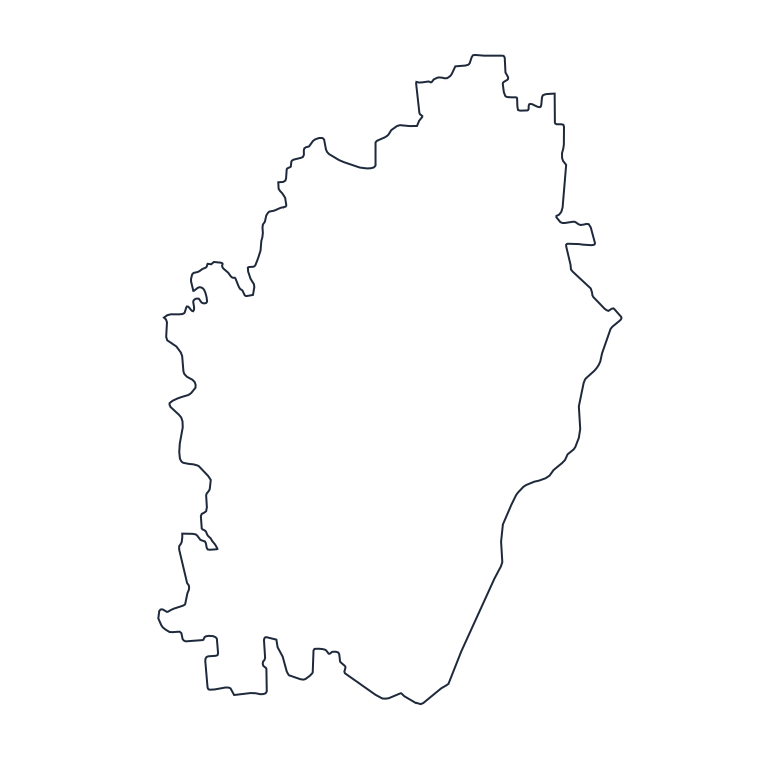 the border of Stavropol', rotated 86°
{"feature_id": "RUS-2306", "entity_name": "Stavropol'", "entity_type": "Territory", "adm_level": 1, "iso_a3": "RUS", "parent_name": "Russia", "parent_adm1": "", "projection": "orthographic", "projection_center": [43.1, 44.947], "detail": "fine", "context": "isolated", "style": "outline", "palette": "slate", "viewbox_px": 768, "rotation_deg": 86, "n_neighbors": 0, "source": "natural_earth", "source_scale": "10m", "svg_char_len": 6130}
<svg xmlns="http://www.w3.org/2000/svg" viewBox="0 0 768 768"><g transform="rotate(86 384 384)"><path d="M166.1,190.3L171.0,190.6L174.0,189.8L178.1,187.0L220.2,193.5L224.6,195.1L227.2,197.4L228.4,200.3L229.8,200.4L234.9,196.7L235.9,194.5L236.0,192.4L235.3,184.0L235.4,182.9L235.8,181.8L238.3,178.7L239.1,176.7L238.9,173.8L238.4,170.6L238.9,168.6L242.3,166.8L258.2,163.7L259.1,164.0L259.8,164.9L260.0,167.3L258.9,175.6L258.0,180.0L256.9,190.9L257.1,191.9L257.9,192.6L259.8,192.6L278.1,189.6L282.8,189.5L285.0,188.0L303.1,171.1L307.2,170.1L310.1,169.9L311.9,169.1L324.4,158.6L326.1,156.4L326.7,155.0L324.8,151.6L324.6,149.8L325.1,149.2L333.6,142.7L334.9,142.5L335.9,143.0L337.1,144.2L342.7,152.1L344.8,154.1L368.5,164.3L376.7,166.7L380.0,168.5L383.1,170.9L385.6,173.4L392.3,182.0L393.6,183.2L397.0,184.8L419.9,191.2L442.6,191.4L451.3,193.4L460.3,197.6L462.6,199.5L466.9,205.7L472.4,208.7L475.3,211.9L481.6,220.8L487.0,225.3L489.3,229.4L491.2,236.1L491.9,240.8L494.7,249.3L496.3,252.1L501.5,257.8L504.1,260.0L513.4,265.4L532.4,275.2L549.4,278.2L570.0,278.4L574.1,280.1L586.0,287.5L656.2,325.6L687.6,340.6L688.9,342.7L691.6,348.2L705.1,367.2L705.9,369.8L704.3,374.1L704.5,374.4L696.9,385.5L693.8,388.3L693.7,389.1L697.8,401.2L698.0,404.3L697.6,407.6L693.5,414.1L669.8,443.2L668.1,443.6L664.5,442.3L663.5,442.2L662.3,442.9L658.5,446.8L657.4,447.2L650.5,447.5L648.7,448.3L647.7,450.8L647.5,453.6L647.9,455.0L649.1,456.5L649.3,457.2L649.2,458.0L645.7,460.3L644.9,461.5L644.2,463.5L643.5,467.8L643.4,471.8L644.9,472.9L666.5,475.2L667.4,475.6L669.9,478.3L672.8,482.9L673.3,484.8L672.7,487.9L668.0,499.0L666.5,500.0L663.9,501.1L648.9,504.1L639.2,508.5L631.5,509.2L628.3,519.1L628.5,520.2L629.2,521.0L631.0,521.6L649.0,521.7L651.3,522.7L652.4,524.0L654.7,524.5L656.7,524.1L659.2,521.4L660.2,521.2L682.4,522.4L683.9,523.3L684.6,524.6L684.9,526.4L684.8,529.2L683.5,533.7L683.0,538.7L683.8,555.2L677.0,558.3L676.3,559.4L675.9,560.8L675.7,563.3L676.9,574.4L676.8,579.2L676.4,580.2L675.5,580.9L674.0,581.2L647.7,581.6L645.5,581.2L644.0,580.1L643.4,578.3L643.4,571.0L642.9,569.0L641.0,568.3L626.6,568.5L625.6,569.0L624.7,569.9L623.6,572.1L623.0,576.4L623.3,579.3L624.0,580.6L626.5,582.0L626.8,582.8L626.9,599.5L626.5,600.7L625.8,601.7L624.4,602.7L618.4,603.5L616.8,605.2L616.8,612.5L616.4,615.3L613.8,619.0L611.3,621.7L608.8,623.1L602.1,625.5L594.7,624.0L593.4,622.6L593.3,621.4L593.5,620.4L596.2,616.4L596.1,615.4L594.6,612.4L593.5,609.5L591.1,600.0L590.2,598.1L589.4,597.6L579.0,594.7L575.6,593.0L573.3,592.6L571.2,592.8L568.9,594.3L534.7,599.9L531.4,599.6L529.3,597.8L527.4,596.8L522.8,595.9L519.2,595.7L520.1,585.5L520.9,582.3L522.1,581.0L526.7,578.0L528.7,573.5L530.5,572.8L534.9,572.3L536.7,571.5L537.2,569.5L537.2,562.4L537.0,561.7L536.3,561.8L532.3,563.7L528.7,566.3L525.9,567.7L523.4,570.0L521.9,570.9L518.8,571.9L517.6,573.0L516.3,575.3L515.3,575.9L503.0,575.9L500.9,574.9L499.7,572.1L498.5,570.3L494.7,569.3L482.7,569.2L481.0,568.6L478.2,566.0L476.4,565.1L467.6,563.5L463.5,565.8L453.0,574.5L452.3,575.7L450.9,579.5L450.1,584.2L448.6,589.8L447.3,591.4L445.2,592.4L443.9,592.8L437.7,593.0L429.3,591.9L413.2,587.8L407.4,587.6L403.3,588.6L400.4,590.7L392.0,598.6L389.6,599.4L388.1,599.2L385.9,595.9L384.1,591.2L382.9,587.0L381.3,579.8L379.6,577.0L374.5,572.3L371.7,572.0L368.9,572.7L366.4,574.8L363.1,580.0L360.4,582.3L359.1,582.8L357.4,583.2L342.0,583.4L338.4,584.5L332.1,588.5L325.3,597.2L321.8,598.0L307.3,596.2L304.4,597.0L302.4,598.9L300.2,595.3L299.6,591.6L300.2,584.2L300.2,581.1L299.9,579.5L299.4,578.4L298.7,577.8L293.8,575.9L292.9,575.2L293.3,573.7L297.1,571.0L297.7,570.3L298.1,569.3L296.7,568.4L294.3,568.1L288.8,568.6L287.7,568.3L286.5,567.2L286.0,566.1L285.7,564.9L286.0,562.8L289.9,560.4L290.5,559.4L291.0,558.3L290.9,556.0L290.2,555.2L289.2,554.7L284.6,555.0L280.5,555.8L277.5,556.9L276.2,557.8L275.1,559.2L274.6,561.0L274.7,561.9L275.1,563.1L277.7,567.0L277.8,567.7L268.4,569.3L265.9,569.2L261.4,567.8L259.9,566.2L259.3,562.2L258.6,560.3L256.7,557.3L255.3,553.4L254.6,552.7L251.8,551.6L252.5,548.0L250.4,545.2L251.6,538.3L252.2,537.0L253.0,536.6L254.8,537.3L256.0,537.1L257.5,536.3L262.2,531.6L265.8,529.4L267.0,528.3L267.5,527.3L267.6,525.4L268.2,524.9L276.8,522.1L279.0,521.0L280.8,518.7L285.7,516.8L286.5,515.9L286.7,514.9L286.0,508.5L278.2,506.6L275.4,506.8L269.7,509.8L262.3,511.7L258.4,511.7L257.9,510.6L257.9,506.2L257.6,505.1L256.3,503.9L249.7,500.8L242.1,497.8L232.8,496.4L229.1,495.1L224.8,494.3L219.6,494.3L216.5,493.7L213.8,491.5L207.7,489.7L205.1,487.8L204.0,486.3L203.4,481.4L201.1,475.0L200.7,473.0L200.9,472.0L200.5,471.6L200.2,469.8L199.5,469.2L198.9,469.0L191.4,469.6L186.5,472.3L184.4,474.1L182.0,475.5L175.4,475.4L175.4,470.4L174.1,468.1L171.8,467.3L163.1,466.1L162.2,465.5L161.0,462.3L160.6,461.8L155.7,460.9L154.8,460.3L153.9,458.6L152.5,450.7L151.8,449.0L149.7,447.9L145.3,447.7L143.3,447.0L142.3,445.1L141.8,442.2L136.7,438.0L135.2,435.7L134.1,431.8L134.2,428.9L134.6,427.9L136.0,426.7L146.2,425.5L148.7,424.5L150.8,422.8L157.5,413.2L160.0,408.3L166.4,393.0L167.7,386.4L167.9,382.7L167.4,379.5L166.5,378.1L165.4,377.2L142.6,375.6L141.9,375.2L140.8,373.8L137.9,365.7L136.4,363.1L135.1,361.8L131.3,359.1L127.6,353.1L126.9,350.0L128.5,340.4L128.9,333.1L123.9,330.6L120.2,327.2L119.3,327.1L117.4,329.3L115.9,329.8L86.5,331.0L84.9,330.6L85.7,328.1L85.8,325.0L85.3,318.4L86.4,316.2L85.9,315.1L83.7,313.2L82.2,309.6L82.0,307.9L82.5,304.5L83.3,302.1L83.3,299.6L81.4,296.4L79.5,294.8L72.1,290.7L72.0,280.6L71.5,278.0L70.8,276.9L69.9,276.1L64.2,273.8L62.3,272.4L62.1,270.2L63.5,260.9L64.7,243.6L65.0,241.8L66.8,240.8L81.7,241.1L86.4,238.9L87.6,238.8L88.6,239.1L89.2,239.8L91.0,243.4L91.8,244.3L92.9,244.6L101.1,244.1L105.0,243.0L105.9,242.0L106.4,240.8L107.0,236.1L107.2,232.6L107.5,231.7L108.3,231.3L116.4,231.6L120.0,231.2L120.8,229.2L121.1,222.0L120.7,221.1L119.9,220.6L116.3,220.2L115.1,219.6L114.8,218.7L115.2,216.7L117.7,212.4L118.3,211.1L118.7,209.1L118.1,208.2L116.3,207.6L109.1,206.4L107.1,205.4L106.4,203.5L106.1,201.1L106.2,193.5L135.2,195.3L136.2,194.9L136.9,193.8L137.3,189.0L137.9,187.0L140.0,186.5L157.9,187.9L162.2,188.9L166.1,190.3Z" fill="none" stroke="#1e293b" stroke-width="2"/></g></svg>